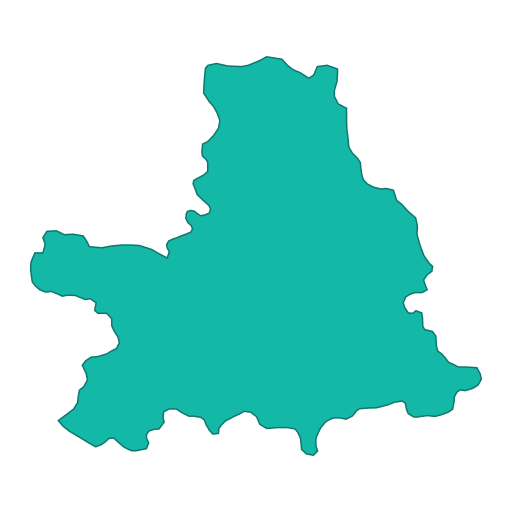 Zel'va, Grodno, Belarus, rotated 180°
{"feature_id": "67162791B91505134452571", "entity_name": "Zel'va", "entity_type": "district", "adm_level": 2, "iso_a3": "BLR", "parent_name": "Belarus", "parent_adm1": "Grodno", "projection": "mercator", "projection_center": [24.857, 53.119], "detail": "fine", "context": "isolated", "style": "filled", "palette": "teal", "viewbox_px": 512, "rotation_deg": 180, "n_neighbors": 0, "source": "geoboundaries", "source_scale": "gbopen_adm2", "svg_char_len": 3455}
<svg xmlns="http://www.w3.org/2000/svg" viewBox="0 0 512 512"><g transform="rotate(180 256 256)"><path d="M416.3,65.2L410.4,67.5L406.9,70.0L403.2,73.5L398.3,74.0L393.0,69.1L387.7,64.7L380.9,61.4L376.3,61.2L365.6,63.3L363.3,69.1L365.4,73.5L365.6,77.5L362.8,81.2L357.5,82.8L353.0,83.0L347.9,89.8L348.9,94.2L348.4,100.2L342.8,103.0L335.6,103.0L330.3,99.5L323.1,95.8L318.2,95.8L311.2,94.7L307.5,91.9L306.3,88.2L302.6,81.7L299.1,77.9L293.6,78.6L293.1,83.5L290.8,86.8L286.4,91.2L282.2,93.3L277.5,95.8L272.4,98.1L267.8,100.7L261.3,99.8L255.5,95.4L254.3,92.8L252.2,87.7L245.2,83.5L235.0,84.4L224.1,84.4L216.9,83.0L214.3,79.8L211.6,74.0L210.9,68.2L210.4,62.6L205.5,58.0L198.5,56.8L194.4,61.0L196.0,65.9L196.2,70.7L195.8,74.7L193.7,79.3L191.3,84.2L186.9,89.6L183.7,91.9L178.6,94.0L172.1,94.2L166.0,92.8L159.5,96.1L155.1,101.6L152.3,103.3L143.5,104.0L135.4,104.2L129.3,105.8L123.3,107.4L117.7,109.8L109.6,110.9L106.5,108.6L105.6,103.0L103.8,98.4L98.4,95.1L95.8,94.9L95.6,94.9L84.8,96.4L76.8,95.6L69.9,97.5L63.4,100.0L59.4,102.9L57.9,110.5L57.6,115.2L55.0,120.0L51.8,122.1L46.7,121.4L39.4,123.6L34.0,126.9L30.7,132.7L31.8,138.1L35.1,144.3L46.7,145.0L53.6,145.0L57.9,147.2L63.4,149.7L66.7,154.1L70.3,158.1L74.3,161.0L75.7,166.4L76.1,175.9L79.7,180.6L84.4,181.7L87.3,182.4L89.2,185.7L89.5,194.0L90.3,199.1L96.1,201.3L99.0,198.7L103.7,199.1L107.3,204.5L108.8,209.3L106.2,215.1L102.2,217.6L97.1,219.4L89.9,219.4L84.8,222.3L87.0,227.4L88.4,232.1L84.8,237.2L80.1,240.8L79.4,245.6L82.6,248.5L85.5,252.5L88.1,256.4L90.6,263.0L92.4,268.1L95.0,277.5L94.6,285.9L96.4,294.2L104.0,300.7L110.2,307.6L115.3,311.6L117.5,318.5L118.6,321.8L126.2,323.6L130.2,322.9L138.2,324.7L144.7,328.0L148.7,332.3L150.1,336.7L151.2,343.9L151.6,349.4L154.5,353.7L159.6,358.8L163.2,365.0L163.9,373.0L165.0,381.3L165.4,388.6L165.5,403.9L166.0,403.9L173.9,408.2L177.6,415.5L177.6,421.6L175.1,430.2L174.5,437.5L174.5,443.0L184.9,446.7L194.7,445.4L198.3,436.9L203.2,433.8L211.8,439.3L219.1,442.4L224.6,446.7L230.1,452.8L245.4,455.2L252.1,451.5L263.7,446.7L270.4,445.4L284.4,446.0L295.4,448.5L304.0,446.7L306.6,443.7L306.6,443.0L307.7,432.1L308.4,419.1L303.0,410.7L298.3,405.3L294.6,398.4L292.1,391.5L293.5,383.9L298.4,376.5L304.3,370.4L309.4,367.9L310.1,360.4L309.6,356.0L306.3,353.0L304.3,349.8L304.3,340.7L308.2,337.0L314.0,334.0L318.2,331.6L318.9,328.1L317.0,323.5L314.8,317.4L312.3,315.0L308.8,311.6L302.9,306.4L301.5,302.8L302.7,298.9L307.6,296.9L311.7,296.3L314.9,298.6L317.8,300.9L321.2,301.5L324.4,300.7L325.6,298.6L326.2,293.7L324.1,289.4L320.9,286.6L319.5,283.2L321.2,279.9L327.7,277.2L331.4,275.9L334.7,274.4L338.7,273.1L343.3,271.0L345.3,267.6L344.8,264.1L342.7,260.1L344.9,254.0L354.5,259.1L360.2,262.5L372.7,266.5L381.2,267.0L390.3,267.0L401.1,265.9L410.1,264.2L422.6,265.3L425.4,271.0L428.8,276.1L439.1,277.8L447.6,277.3L455.5,281.2L465.1,280.7L469.1,274.4L466.8,267.6L469.1,259.1L477.1,259.1L480.8,250.3L481.3,246.8L481.3,241.7L480.6,236.1L479.7,230.1L477.1,226.6L472.5,222.4L466.4,219.9L460.8,220.6L454.3,218.0L449.6,215.8L444.2,216.9L436.6,216.5L426.8,212.5L421.7,213.3L415.9,209.3L417.3,201.6L414.1,198.7L405.3,198.7L400.3,193.3L400.3,186.4L397.7,180.6L394.1,175.1L392.6,169.3L395.5,163.5L400.6,161.0L405.3,158.1L413.7,155.5L420.9,154.8L426.4,151.2L429.7,146.8L425.7,138.1L424.6,131.9L428.2,125.4L432.6,121.8L433.7,116.0L434.4,109.4L438.4,102.9L444.2,98.5L453.7,91.4L448.9,85.8L442.7,80.8L434.0,75.7L423.9,69.5L416.3,65.2Z" fill="#14b8a6" stroke="#0f766e" stroke-width="1.5"/></g></svg>